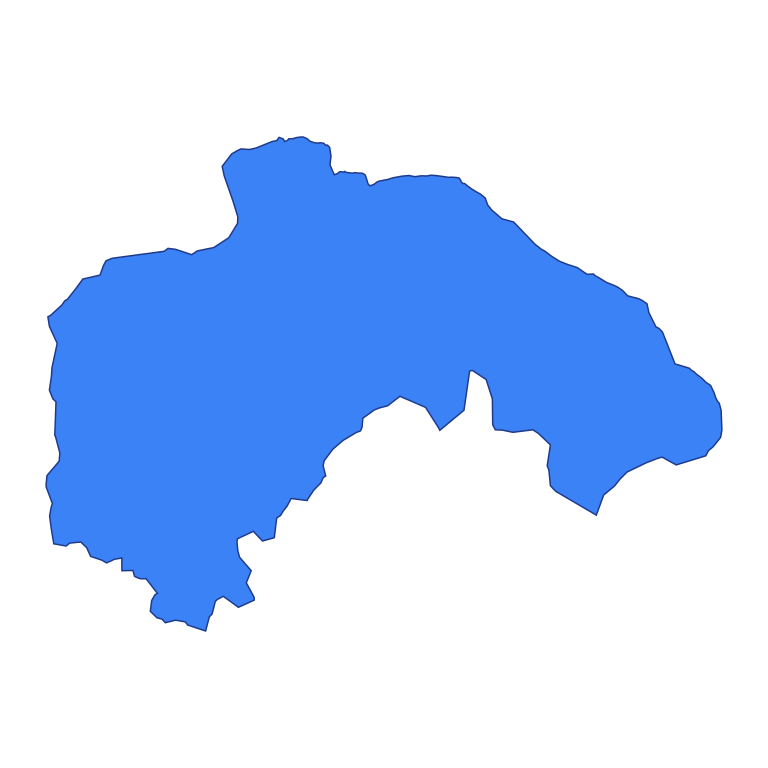 Kanam, Plateau, Nigeria
{"feature_id": "59680162B74099392913903", "entity_name": "Kanam", "entity_type": "district", "adm_level": 2, "iso_a3": "NGA", "parent_name": "Nigeria", "parent_adm1": "Plateau", "projection": "robinson", "projection_center": [10.139, 9.467], "detail": "fine", "context": "isolated", "style": "filled", "palette": "blue", "viewbox_px": 768, "rotation_deg": 0, "n_neighbors": 0, "source": "geoboundaries", "source_scale": "gbopen_adm2", "svg_char_len": 3601}
<svg xmlns="http://www.w3.org/2000/svg" viewBox="0 0 768 768"><path d="M222.2,166.3L224.2,175.9L227.0,183.9L232.9,200.8L237.8,216.7L237.8,216.8L237.5,223.5L228.8,237.7L213.7,247.6L207.6,248.8L199.0,250.6L197.1,251.0L191.7,254.7L175.5,249.3L173.2,249.0L168.0,248.4L164.1,251.3L125.3,256.5L112.1,258.3L106.0,260.8L103.5,265.5L100.0,275.1L86.5,278.2L82.8,279.0L81.4,281.0L75.1,289.6L70.4,295.5L67.2,299.5L66.0,300.1L64.9,300.7L61.8,305.1L50.4,315.5L47.9,316.8L49.4,326.4L57.2,343.4L52.0,367.7L51.4,376.4L49.4,390.2L52.8,398.7L56.0,401.9L54.8,435.3L55.6,436.9L59.8,452.9L59.2,461.2L47.0,475.5L46.1,484.4L46.2,487.0L52.4,503.6L51.1,507.5L49.6,516.1L51.3,528.8L53.8,543.8L66.2,546.0L69.6,543.1L80.8,542.0L86.7,547.7L90.6,556.4L101.7,560.1L106.6,562.9L114.4,559.3L121.8,558.0L121.9,570.7L133.0,570.5L134.5,576.3L137.4,577.7L140.7,578.8L144.8,578.8L145.9,578.5L157.4,593.4L154.9,594.8L151.7,600.5L150.3,611.3L157.1,617.9L162.0,619.1L165.3,622.7L175.6,620.2L185.4,621.9L187.7,625.1L205.6,631.0L209.3,616.9L212.1,614.0L215.3,601.4L217.4,599.4L223.3,596.3L238.4,607.3L254.2,600.1L254.2,597.5L246.3,582.8L251.2,570.7L239.6,557.3L237.8,550.7L237.0,542.2L237.4,538.8L253.3,531.3L262.5,541.0L274.3,537.7L276.7,518.0L280.6,515.4L283.2,511.0L286.1,507.4L286.5,507.1L291.2,498.5L303.7,500.1L307.2,500.5L307.6,499.4L313.7,490.2L320.9,482.9L323.2,477.6L325.7,476.0L323.1,465.6L324.2,460.7L332.7,449.3L343.1,440.4L356.0,432.6L360.5,430.9L362.0,427.5L362.6,420.7L362.9,418.2L374.3,409.9L379.5,407.9L387.6,405.8L399.9,396.3L425.0,407.1L425.9,407.9L438.7,428.0L439.8,430.3L464.0,410.2L469.6,371.0L472.3,370.4L486.2,379.6L492.4,399.0L492.7,424.7L495.3,429.8L502.2,430.1L512.9,432.3L532.9,429.8L538.5,433.5L550.4,444.9L547.2,465.7L548.9,470.1L550.4,485.7L554.1,489.7L556.0,491.5L596.3,515.1L603.7,495.0L614.5,486.0L620.2,478.9L627.1,472.0L646.0,462.9L657.0,458.6L662.1,457.1L676.2,464.9L705.8,455.8L708.5,450.6L713.1,446.8L720.6,437.4L721.9,430.1L721.1,410.2L719.2,403.1L717.6,401.4L715.8,397.9L714.0,392.5L710.6,385.5L705.7,382.1L702.4,378.7L695.8,373.6L694.2,371.9L690.4,369.6L689.8,368.4L678.4,364.9L675.0,363.9L666.7,342.7L662.4,331.9L661.7,331.2L659.1,328.5L655.9,326.8L652.4,319.8L650.4,315.7L648.9,312.7L647.0,303.8L642.1,300.4L638.9,298.8L627.6,295.8L624.7,292.7L622.7,290.6L617.8,287.2L614.5,285.6L606.5,282.4L598.3,277.4L595.1,275.7L593.5,274.0L589.5,274.2L587.1,274.3L582.2,271.0L577.3,267.6L572.5,266.0L567.7,264.5L559.6,261.3L551.5,256.2L545.0,251.2L541.7,249.5L537.5,246.2L535.2,244.4L530.3,239.4L530.2,239.3L526.9,235.8L523.6,232.4L515.1,223.5L514.4,222.9L513.6,222.0L506.6,220.1L502.4,219.0L501.3,218.3L491.8,210.1L487.7,205.0L486.3,201.1L485.3,198.1L480.6,194.2L475.9,191.6L471.5,188.8L468.4,186.6L464.7,183.6L462.6,183.4L461.3,181.8L460.6,180.1L459.1,178.0L456.5,177.5L451.7,177.2L448.4,177.3L441.6,176.3L435.4,175.5L431.0,175.2L426.7,176.0L421.4,175.8L414.9,176.7L408.9,175.5L401.7,176.2L393.0,177.8L387.6,179.5L380.6,180.8L377.6,181.6L373.8,184.5L370.0,185.8L368.1,184.0L366.0,177.1L365.2,175.0L363.8,174.0L362.5,173.3L360.0,173.1L358.0,173.1L354.8,172.6L353.1,173.1L351.6,173.1L345.8,172.3L344.8,171.4L344.0,172.0L342.2,171.9L340.9,171.7L339.6,171.8L338.9,172.5L337.2,173.7L334.2,174.7L330.4,165.9L330.0,165.0L331.0,156.1L329.7,147.6L327.5,145.1L325.6,145.3L323.7,143.2L320.2,142.8L317.2,143.1L315.9,142.9L314.6,142.8L310.0,141.3L307.0,138.6L303.2,137.0L300.8,137.0L296.4,137.6L292.2,138.8L288.7,138.8L287.6,140.4L284.6,141.5L283.2,138.9L279.1,137.4L276.7,140.6L272.2,141.5L255.8,148.1L249.4,149.5L241.1,148.9L238.3,150.1L231.8,153.8L222.2,166.3Z" fill="#3b82f6" stroke="#1e3a8a" stroke-width="1.5"/></svg>